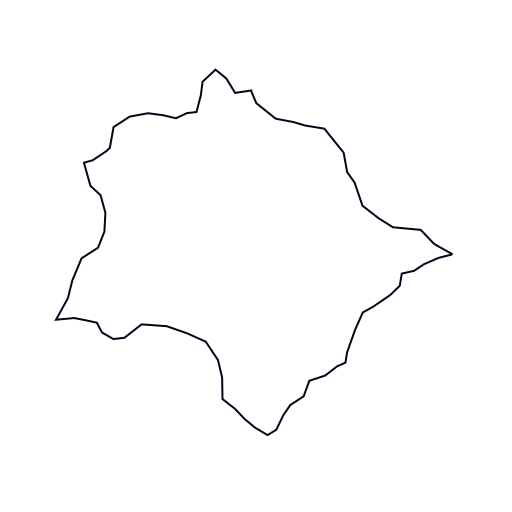 the district of Kidasi, Paphos, Cyprus, rotated 104°
{"feature_id": "46923920B63387456593082", "entity_name": "Kidasi", "entity_type": "district", "adm_level": 2, "iso_a3": "CYP", "parent_name": "Cyprus", "parent_adm1": "Paphos", "projection": "robinson", "projection_center": [32.711, 34.815], "detail": "fine", "context": "isolated", "style": "outline", "palette": "ink", "viewbox_px": 512, "rotation_deg": 104, "n_neighbors": 0, "source": "geoboundaries", "source_scale": "gbopen_adm2", "svg_char_len": 1138}
<svg xmlns="http://www.w3.org/2000/svg" viewBox="0 0 512 512"><g transform="rotate(104 256 256)"><path d="M207.5,66.9L206.6,66.5L201.2,86.1L190.8,102.5L195.0,130.1L189.8,145.9L181.5,164.8L160.9,178.1L152.6,187.8L134.5,196.0L115.9,220.5L117.5,239.5L117.0,252.7L118.0,270.1L107.7,292.6L96.8,300.8L96.6,300.8L102.8,315.7L90.9,327.8L85.0,340.4L99.8,350.0L113.6,348.4L130.7,348.6L134.1,357.6L141.7,367.0L141.9,380.4L143.6,395.3L151.0,411.6L151.4,412.4L165.4,425.4L186.3,424.0L190.4,426.5L202.6,437.6L207.1,445.5L208.6,444.7L228.0,433.6L234.6,421.5L250.5,412.6L269.0,409.0L286.2,411.3L300.4,424.7L324.2,428.3L342.4,428.3L366.2,434.6L360.2,417.5L359.6,406.7L359.2,394.3L363.8,390.2L367.5,386.8L371.1,374.3L367.2,363.9L359.3,357.7L350.0,350.5L345.7,325.6L347.7,304.0L351.3,284.0L366.2,267.7L382.0,259.5L402.9,253.9L409.5,239.2L416.8,227.8L422.7,215.6L427.0,201.5L419.7,194.3L404.0,191.0L392.3,186.7L380.6,175.8L364.2,174.1L355.2,159.9L343.4,150.6L337.8,143.4L327.7,144.3L303.6,142.0L284.9,138.7L276.9,130.1L261.2,116.2L250.1,109.3L237.8,110.3L232.1,99.0L223.4,91.1L213.7,78.5L207.5,66.9Z" fill="none" stroke="#020617" stroke-width="2"/></g></svg>